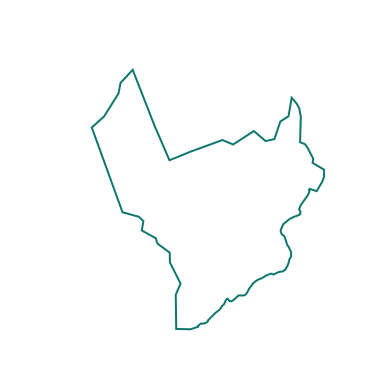 outline of Salem, New Jersey, United States of America, rotated 207°
{"feature_id": "52423323B39484776896839", "entity_name": "Salem", "entity_type": "district", "adm_level": 2, "iso_a3": "USA", "parent_name": "United States of America", "parent_adm1": "New Jersey", "projection": "equal_earth", "projection_center": [-75.458, 39.588], "detail": "fine", "context": "isolated", "style": "outline", "palette": "teal", "viewbox_px": 384, "rotation_deg": 207, "n_neighbors": 0, "source": "geoboundaries", "source_scale": "gbopen_adm2", "svg_char_len": 1542}
<svg xmlns="http://www.w3.org/2000/svg" viewBox="0 0 384 384"><g transform="rotate(207 192 192)"><path d="M75.1,180.8L76.3,183.2L80.1,186.4L80.8,186.9L82.7,187.9L82.9,188.0L84.0,188.8L85.3,190.4L86.9,191.9L89.5,194.4L91.5,195.0L92.4,194.9L94.5,196.5L95.7,198.2L96.1,204.7L94.7,207.8L92.7,212.4L89.4,216.7L86.3,220.0L85.5,221.6L86.7,224.0L88.6,225.0L89.0,227.4L89.1,230.4L87.5,240.3L87.4,243.7L87.8,246.3L88.8,247.0L88.4,248.3L81.4,249.3L80.6,259.9L81.3,265.6L84.4,271.8L97.8,272.7L99.0,276.6L109.6,284.2L113.1,285.9L118.3,285.4L129.2,308.4L134.3,315.1L138.9,318.3L146.0,321.2L140.4,303.3L145.3,294.9L142.6,276.6L149.5,270.8L164.6,274.4L176.9,253.0L188.5,252.1L211.4,227.5L226.5,210.1L255.3,233.9L300.3,273.9L305.2,256.8L302.2,246.2L304.7,219.2L310.6,204.0L244.7,142.4L228.1,145.8L222.1,144.0L219.3,134.9L203.4,134.4L199.4,130.4L184.3,127.8L179.7,119.2L160.6,105.2L159.8,93.0L143.9,62.8L132.1,68.5L131.2,68.9L125.4,74.6L125.3,74.8L125.5,75.0L125.9,75.2L124.5,78.6L121.1,80.6L119.2,83.4L119.4,85.3L116.4,94.5L115.9,95.6L114.1,99.6L113.5,102.3L113.5,103.8L112.6,106.3L112.5,108.9L112.8,110.3L112.4,112.4L111.8,113.1L110.5,112.7L109.8,112.1L108.8,111.9L107.2,112.5L105.9,114.8L105.4,116.1L103.6,120.9L99.9,122.8L98.4,123.7L97.5,125.2L97.1,130.5L97.3,131.0L96.2,137.9L94.8,141.4L93.0,144.4L91.1,146.3L89.2,149.1L89.0,149.5L89.0,149.9L85.0,154.8L83.1,155.5L81.7,155.6L79.3,159.0L77.6,160.7L75.0,162.5L73.4,165.7L73.6,166.2L73.4,169.2L73.9,173.6L74.7,176.8L74.4,178.7L74.7,180.2L75.1,180.8Z" fill="none" stroke="#0f766e" stroke-width="2"/></g></svg>